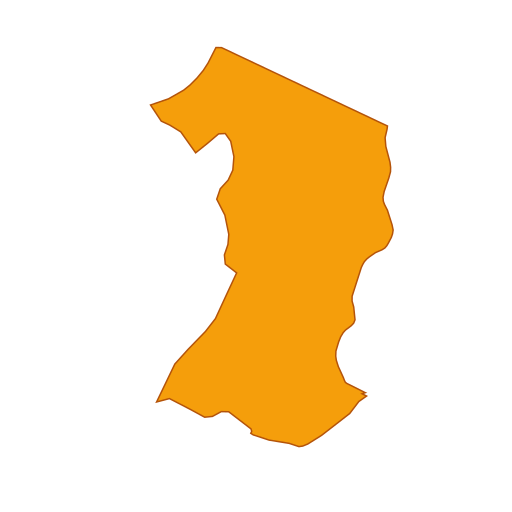 outline of Kaolack, rotated 205°
{"feature_id": "SEN-765", "entity_name": "Kaolack", "entity_type": "Region", "adm_level": 1, "iso_a3": "SEN", "parent_name": "Senegal", "parent_adm1": "", "projection": "equal_earth", "projection_center": [-15.993, 13.984], "detail": "fine", "context": "isolated", "style": "filled", "palette": "amber", "viewbox_px": 512, "rotation_deg": 205, "n_neighbors": 0, "source": "natural_earth", "source_scale": "10m", "svg_char_len": 1502}
<svg xmlns="http://www.w3.org/2000/svg" viewBox="0 0 512 512"><g transform="rotate(205 256 256)"><path d="M381.8,404.8L381.0,410.7L380.4,428.0L375.3,430.3L359.5,430.2L339.4,430.1L319.3,430.0L299.2,429.9L279.1,429.8L259.0,429.7L238.9,429.6L218.8,429.5L198.7,429.4L191.8,429.4L190.8,426.3L189.0,417.8L184.6,410.1L174.2,397.6L171.5,393.3L169.7,389.2L168.6,382.9L167.1,368.6L165.7,362.9L163.7,359.4L161.3,357.0L156.2,353.0L145.9,341.8L142.7,337.5L141.6,333.7L141.2,330.0L141.5,323.6L141.8,320.6L142.6,317.7L144.4,314.9L149.1,309.6L152.8,303.3L154.4,300.0L155.4,296.6L155.7,293.3L155.7,290.0L151.9,260.2L149.9,255.8L145.9,251.1L139.3,240.0L139.1,236.4L140.2,233.1L143.6,226.7L144.6,223.3L145.1,218.6L144.8,213.1L143.4,203.6L141.4,198.9L139.1,195.4L134.6,190.5L125.3,182.6L123.5,180.8L121.8,179.4L120.0,178.9L99.3,178.3L99.2,178.3L101.6,176.0L96.6,175.8L101.3,167.6L104.5,152.9L120.7,121.3L129.6,107.5L133.3,103.5L136.5,101.4L146.8,100.2L166.3,94.7L182.9,92.7L185.8,93.1L185.8,95.3L187.5,97.2L214.9,103.3L221.7,100.3L227.7,92.2L234.4,88.2L250.2,89.2L274.2,90.2L284.4,81.7L283.9,123.8L278.1,142.7L269.9,166.3L266.3,182.1L266.4,210.5L266.4,232.5L280.4,235.7L285.1,243.6L286.3,254.6L289.8,264.1L301.5,279.9L315.6,290.9L316.8,301.9L313.3,313.0L313.3,324.0L318.0,336.7L327.4,349.3L335.6,354.0L341.5,350.9L347.3,338.2L354.3,324.0L376.6,336.7L389.5,338.2L398.9,338.2L415.4,348.3L401.7,361.5L391.6,375.8L388.0,383.2L384.7,392.3L382.2,401.9L381.8,404.8Z" fill="#f59e0b" stroke="#b45309" stroke-width="1.5"/></g></svg>